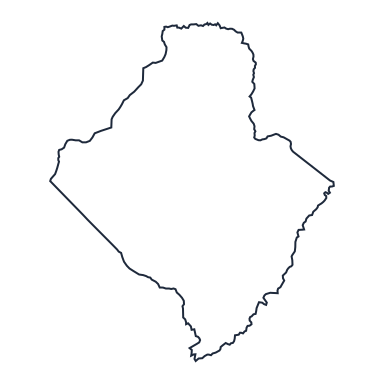 outline of Orizona, Goiás, Brazil
{"feature_id": "56859067B5480941556664", "entity_name": "Orizona", "entity_type": "district", "adm_level": 2, "iso_a3": "BRA", "parent_name": "Brazil", "parent_adm1": "Goiás", "projection": "natural_earth1", "projection_center": [-48.158, -17.021], "detail": "fine", "context": "isolated", "style": "outline", "palette": "slate", "viewbox_px": 384, "rotation_deg": 0, "n_neighbors": 0, "source": "geoboundaries", "source_scale": "gbopen_adm2", "svg_char_len": 4077}
<svg xmlns="http://www.w3.org/2000/svg" viewBox="0 0 384 384"><path d="M333.4,182.0L330.0,180.5L293.2,151.8L291.9,150.3L290.9,148.4L290.5,146.3L291.0,144.0L290.6,141.8L289.5,140.6L285.2,138.2L283.6,137.3L280.8,136.6L278.5,134.7L276.0,133.9L274.0,134.6L271.2,135.7L267.6,136.4L266.4,138.4L264.4,139.1L262.3,139.4L260.5,140.3L258.5,140.2L255.3,138.9L254.2,137.5L254.7,135.7L254.5,133.0L255.4,131.3L254.2,129.2L254.5,126.2L253.7,123.7L251.4,120.9L250.0,118.3L249.1,116.4L250.1,114.6L251.4,112.4L253.1,111.0L254.5,110.0L253.0,106.0L252.7,104.0L252.1,101.4L251.1,97.6L249.6,96.5L251.4,94.3L253.1,91.5L254.6,88.4L254.3,84.0L252.3,81.8L252.7,80.0L253.9,77.1L253.3,74.8L254.0,73.2L253.4,71.1L253.7,69.3L255.0,67.8L254.9,66.0L255.9,64.2L255.7,62.6L253.5,60.9L252.9,59.1L253.5,56.6L253.4,54.5L252.6,52.7L251.7,51.2L250.4,49.8L249.2,48.6L248.6,46.6L248.2,44.4L246.0,43.7L244.2,43.4L241.9,42.9L242.7,41.0L243.3,38.7L242.8,36.4L242.1,34.6L241.3,32.6L239.4,32.5L237.5,32.5L235.6,31.3L234.1,29.8L232.1,28.8L230.0,28.7L228.1,29.2L226.1,28.6L224.5,27.5L222.7,27.8L220.7,28.2L219.6,25.4L217.8,23.2L216.2,25.3L215.1,24.3L213.7,25.0L211.7,24.7L210.1,23.5L208.4,24.9L207.4,23.0L206.2,24.1L204.5,24.5L203.0,26.0L201.0,25.3L198.4,25.8L196.3,24.1L193.6,24.4L191.1,24.4L189.6,25.0L188.2,27.9L185.7,27.7L183.8,26.0L181.3,28.6L178.9,27.6L177.3,27.6L176.7,25.4L174.0,25.8L172.3,25.6L169.9,26.5L167.8,27.2L166.1,26.6L164.4,26.9L164.4,29.6L162.7,31.1L162.3,34.0L161.7,36.4L162.3,40.5L164.0,41.9L164.8,44.4L166.5,47.2L166.4,50.1L165.6,54.1L164.3,57.1L162.2,60.6L155.7,62.9L152.8,62.6L149.5,64.9L146.0,67.1L143.3,68.2L142.9,80.6L141.2,84.3L138.5,87.0L134.2,91.7L129.8,95.1L127.7,98.1L123.9,100.3L121.9,104.3L120.3,107.0L118.7,109.4L115.2,113.2L112.7,116.8L111.6,119.3L111.3,127.5L100.9,130.9L94.7,133.3L92.4,137.5L89.8,140.9L86.1,142.3L82.3,142.3L79.0,140.3L75.5,140.3L71.9,139.7L69.8,139.8L67.3,140.8L65.3,144.2L64.1,147.6L61.6,149.3L59.2,149.9L58.5,151.8L58.7,154.5L59.2,156.8L58.3,158.1L58.3,160.1L59.0,161.7L58.5,163.3L57.3,167.7L56.3,170.8L55.1,174.1L52.8,176.7L50.9,178.9L50.2,181.1L82.8,214.6L87.6,219.7L96.3,228.5L112.6,244.9L117.1,249.5L118.7,251.6L121.1,252.9L122.3,257.1L124.0,261.7L126.8,265.7L129.5,268.5L133.4,271.0L136.5,272.9L139.1,274.5L143.2,275.1L146.2,276.1L148.1,277.2L150.3,277.6L151.7,279.6L155.7,281.7L158.1,284.0L159.7,287.5L161.4,287.5L163.1,287.6L165.8,288.5L169.0,288.5L171.2,289.0L173.6,288.5L175.5,289.2L176.8,292.5L179.4,294.8L182.0,297.8L183.8,300.8L184.0,304.2L182.5,306.2L183.0,308.6L183.2,317.5L185.2,319.4L186.1,322.3L186.1,324.2L188.1,323.3L190.9,326.4L191.6,329.8L194.3,329.3L195.8,336.1L198.0,336.8L199.4,338.4L200.1,340.1L199.2,342.4L196.8,343.9L193.7,345.7L189.6,348.1L191.8,350.0L191.6,353.3L191.2,355.7L193.8,354.4L195.4,354.3L194.5,358.9L195.7,361.0L198.6,358.5L202.3,358.2L204.6,356.1L207.3,354.6L208.8,354.6L211.0,355.2L212.6,353.5L215.7,352.6L219.5,350.5L220.4,349.1L220.7,347.0L222.6,345.4L225.7,343.0L227.9,344.1L229.7,344.7L230.9,343.3L232.9,342.9L234.1,341.1L234.7,338.6L235.0,335.3L238.7,334.7L240.0,332.7L241.4,332.8L243.0,333.4L244.6,331.4L246.1,330.8L246.6,327.6L247.6,325.9L249.6,325.7L251.5,324.3L251.3,322.4L249.7,320.6L249.5,318.7L250.2,317.0L251.6,316.4L253.5,314.3L255.6,313.9L256.2,311.0L256.6,308.1L259.0,302.2L262.3,302.7L264.0,304.1L266.1,304.9L266.8,302.6L263.4,297.8L264.4,295.5L265.9,294.1L270.2,292.8L276.0,293.1L277.7,293.2L277.5,290.6L278.1,288.6L280.4,287.2L282.2,284.0L284.2,280.6L283.0,278.2L282.8,275.6L286.1,272.5L287.2,269.8L288.2,268.4L289.7,266.9L291.3,266.3L292.5,264.8L292.3,260.2L291.6,256.4L292.4,254.9L294.8,251.4L295.0,249.8L295.3,247.1L295.4,241.9L296.8,237.5L298.5,236.5L297.4,232.4L298.6,229.9L302.2,229.7L304.1,229.5L303.3,227.0L302.7,225.2L303.8,222.8L305.6,221.5L306.4,218.6L309.2,215.5L312.1,215.0L313.3,211.7L316.2,209.2L317.6,207.4L318.0,205.6L319.7,204.5L321.5,203.4L323.3,201.9L324.7,200.4L326.3,198.0L326.2,196.0L324.8,195.0L324.2,193.3L325.4,192.2L326.8,192.7L328.2,193.9L329.9,192.7L328.7,190.7L329.1,187.7L330.2,186.5L332.0,186.5L333.8,185.9L333.4,182.0Z" fill="none" stroke="#1e293b" stroke-width="2"/></svg>